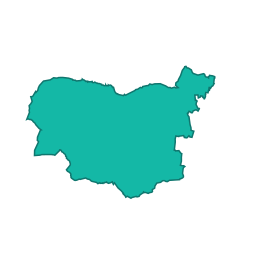 the district of Maynooth Lea-5, Kildare, Ireland, rotated 344°
{"feature_id": "5873133B22694450243518", "entity_name": "Maynooth Lea-5", "entity_type": "district", "adm_level": 2, "iso_a3": "IRL", "parent_name": "Ireland", "parent_adm1": "Kildare", "projection": "mercator", "projection_center": [-6.655, 53.364], "detail": "fine", "context": "isolated", "style": "filled", "palette": "teal", "viewbox_px": 256, "rotation_deg": 344, "n_neighbors": 0, "source": "geoboundaries", "source_scale": "gbopen_adm2", "svg_char_len": 3955}
<svg xmlns="http://www.w3.org/2000/svg" viewBox="0 0 256 256"><g transform="rotate(344 128 128)"><path d="M101.2,71.7L100.5,71.3L100.2,71.5L99.2,69.9L98.3,69.4L97.6,68.4L97.4,69.0L96.2,69.0L95.8,69.4L91.2,68.5L90.6,67.6L89.0,67.1L88.4,66.4L88.0,66.5L87.9,65.8L84.6,63.7L79.1,61.4L75.3,60.4L73.5,60.5L70.3,59.2L66.6,60.3L59.7,59.6L54.7,62.7L53.0,64.6L51.6,67.0L49.4,68.4L49.2,67.5L45.5,71.0L44.6,71.4L43.2,71.1L43.2,76.0L41.4,77.8L39.1,79.3L38.7,82.2L37.8,83.8L37.6,85.8L33.1,91.8L34.5,91.6L35.5,92.6L37.1,93.1L37.2,93.5L38.3,94.5L38.5,95.6L39.9,97.7L40.3,99.5L42.4,103.9L44.0,105.9L43.2,105.9L38.5,111.8L37.4,114.9L38.2,116.3L37.9,117.0L32.1,123.7L30.5,128.7L35.8,129.8L37.9,129.8L46.8,132.3L49.7,133.5L50.2,134.0L56.4,130.6L56.4,130.2L56.9,130.3L57.6,131.1L57.7,132.5L58.9,133.6L59.5,135.0L60.2,135.7L60.5,136.9L60.3,137.9L60.9,138.7L60.5,140.2L61.3,141.3L61.4,142.0L62.5,143.2L62.7,144.1L62.7,146.7L62.0,147.9L57.3,151.2L57.9,152.9L59.6,154.6L60.3,156.2L60.2,157.2L59.8,157.9L59.9,159.2L59.6,159.6L59.8,160.5L62.0,163.3L62.7,163.8L64.4,164.0L67.0,163.7L67.9,164.2L73.6,164.4L74.8,165.8L76.9,166.9L78.1,168.9L78.9,169.5L82.7,171.6L83.7,173.2L85.8,172.8L86.0,173.5L87.9,174.0L88.3,173.8L88.7,174.4L89.5,174.0L90.3,174.3L90.7,173.9L91.9,174.2L92.6,174.0L92.8,174.7L94.0,175.8L96.5,175.8L98.0,175.4L98.4,178.2L99.9,177.0L101.9,182.9L104.1,186.3L105.6,189.5L105.1,189.8L106.5,192.3L106.8,193.9L108.5,193.4L111.5,196.3L112.7,195.9L117.1,196.0L117.6,196.7L119.8,196.8L121.1,195.6L124.8,194.4L125.2,193.9L125.4,194.4L125.7,194.2L126.0,194.6L127.1,194.8L129.4,196.4L131.0,196.1L133.2,196.3L134.0,195.8L134.4,193.9L137.0,193.2L137.9,191.2L140.5,188.9L144.4,189.2L146.8,188.2L148.4,188.6L149.8,189.9L151.2,190.4L153.4,189.7L163.4,191.9L164.0,191.2L165.0,191.3L166.7,191.0L167.8,190.3L168.1,189.3L167.9,186.7L169.8,182.2L170.6,181.2L172.0,180.7L171.2,179.6L170.1,179.4L168.1,178.3L170.2,174.6L171.3,170.7L172.6,167.5L172.2,167.3L171.7,166.4L170.7,163.8L167.4,163.1L167.3,162.4L166.4,162.1L169.6,154.4L170.3,151.6L171.8,148.9L174.4,150.2L174.6,149.9L179.4,150.6L179.5,152.2L180.0,152.4L179.8,152.8L181.5,153.6L182.3,153.6L184.4,152.2L185.0,153.0L185.0,153.7L186.9,154.6L190.4,149.2L188.0,147.7L188.6,145.0L188.6,141.7L189.7,134.0L189.1,132.5L189.1,130.3L189.6,130.0L190.1,130.2L191.3,128.8L192.5,129.8L192.9,130.7L193.7,131.0L194.1,131.0L195.4,129.5L198.5,129.2L200.0,131.0L201.9,129.1L201.7,128.7L200.6,128.5L199.9,124.1L200.8,122.2L201.6,121.6L201.8,121.0L201.4,120.2L200.4,120.1L201.3,114.8L204.3,115.5L203.9,118.5L206.3,118.1L206.7,117.2L208.7,118.1L208.4,119.3L209.1,119.8L209.2,120.9L209.6,121.0L211.1,119.2L211.6,117.2L211.9,117.2L212.1,116.0L212.6,115.3L214.6,116.2L215.7,114.1L216.6,114.3L217.1,113.1L216.5,112.8L217.2,111.4L218.1,111.8L218.4,112.5L220.0,111.0L220.9,111.0L222.1,110.0L223.0,109.0L222.6,108.8L224.9,103.4L225.3,103.6L225.5,102.5L225.2,102.3L223.7,101.2L220.9,99.9L220.5,100.6L219.5,100.8L219.2,102.0L218.5,101.1L217.1,100.6L216.8,99.6L216.3,99.1L216.5,98.1L216.3,97.3L215.6,96.6L209.8,96.4L205.8,93.6L205.1,92.2L204.9,89.6L202.6,87.0L201.4,86.6L200.7,84.7L199.4,84.7L199.0,85.4L196.1,87.6L193.0,92.1L189.8,95.4L189.2,96.6L186.5,97.8L185.5,100.1L187.3,103.0L185.0,102.7L183.9,101.6L180.6,101.7L179.7,100.7L177.8,100.2L175.9,98.0L171.2,94.3L165.7,92.9L163.1,92.9L161.1,91.7L159.1,92.8L158.0,92.5L153.5,92.2L153.1,92.9L152.4,93.2L151.1,92.4L148.0,93.4L146.1,93.2L144.8,93.9L135.2,95.7L134.5,95.7L133.9,94.7L132.6,95.6L127.7,93.0L127.7,92.5L126.6,91.7L126.3,91.8L125.3,89.3L125.3,85.1L124.7,85.0L124.8,84.4L124.0,83.9L123.9,82.8L123.0,81.9L121.5,81.7L121.3,81.5L121.1,81.7L120.9,81.3L120.7,81.8L120.2,81.8L118.7,81.3L118.5,80.6L118.4,81.0L116.9,80.8L115.9,80.1L115.9,79.8L114.6,79.4L114.3,78.8L114.5,78.6L112.8,77.4L111.5,77.0L111.1,76.5L110.6,76.6L108.7,74.7L107.8,75.0L106.9,74.8L106.2,74.3L106.4,73.4L103.9,73.1L103.0,72.5L102.4,72.7L102.2,72.1L101.7,72.4L101.7,71.9L101.2,71.7Z" fill="#14b8a6" stroke="#0f766e" stroke-width="1.5"/></g></svg>